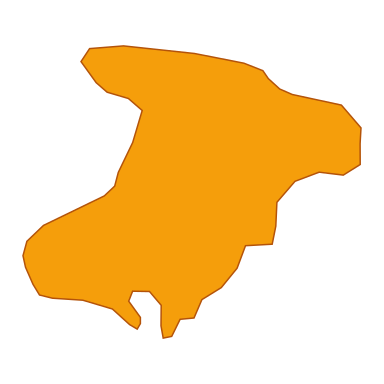 an SVG outline of Alborz
{"feature_id": "IRN-5490", "entity_name": "Alborz", "entity_type": "Province", "adm_level": 1, "iso_a3": "IRN", "parent_name": "Iran", "parent_adm1": "", "projection": "albers", "projection_center": [50.738, 35.945], "detail": "fine", "context": "isolated", "style": "filled", "palette": "amber", "viewbox_px": 384, "rotation_deg": 0, "n_neighbors": 0, "source": "natural_earth", "source_scale": "10m", "svg_char_len": 757}
<svg xmlns="http://www.w3.org/2000/svg" viewBox="0 0 384 384"><path d="M163.2,338.1L161.0,325.8L161.2,305.3L149.5,291.5L132.6,291.2L128.7,301.2L140.4,317.4L140.4,323.6L137.2,329.1L129.6,324.6L112.4,309.0L82.8,300.2L52.4,298.2L39.5,295.0L33.0,284.3L25.5,267.2L23.0,255.7L26.9,241.3L43.5,225.4L104.3,195.9L114.7,186.1L118.3,172.4L132.7,142.5L142.2,110.5L128.4,98.5L107.1,92.2L96.2,82.7L81.0,61.6L89.6,48.6L123.5,45.9L194.5,53.5L243.9,63.2L262.9,70.7L268.3,78.6L279.7,89.0L292.3,94.5L341.4,105.1L361.0,127.9L360.1,143.6L360.2,164.5L343.3,175.1L319.1,172.2L295.0,181.3L276.9,202.3L275.8,226.2L272.2,244.2L245.5,245.7L237.1,268.2L221.3,287.6L201.9,299.6L194.0,318.0L180.1,319.3L171.7,336.4L163.2,338.1Z" fill="#f59e0b" stroke="#b45309" stroke-width="1.5"/></svg>